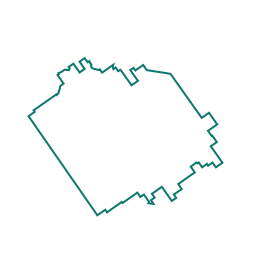 outline of Barkly, Northern Territory, Australia, rotated 145°
{"feature_id": "25037944B87984246529450", "entity_name": "Barkly", "entity_type": "district", "adm_level": 2, "iso_a3": "AUS", "parent_name": "Australia", "parent_adm1": "Northern Territory", "projection": "natural_earth1", "projection_center": [135.185, -19.542], "detail": "fine", "context": "isolated", "style": "outline", "palette": "teal", "viewbox_px": 256, "rotation_deg": 145, "n_neighbors": 0, "source": "geoboundaries", "source_scale": "gbopen_adm2", "svg_char_len": 3357}
<svg xmlns="http://www.w3.org/2000/svg" viewBox="0 0 256 256"><g transform="rotate(145 128 128)"><path d="M202.8,174.1L202.8,167.5L202.8,166.2L202.8,162.9L202.8,161.6L202.8,160.1L202.8,157.3L202.8,156.1L202.9,149.9L202.9,147.0L202.9,139.4L202.9,137.8L202.9,131.7L203.0,125.6L203.0,121.0L203.0,119.5L203.0,119.1L203.0,118.6L203.0,117.6L203.0,115.5L203.0,114.5L203.0,111.9L203.0,111.4L203.0,107.3L203.0,103.9L203.0,103.1L203.1,102.1L203.1,89.9L203.1,87.0L203.1,84.9L203.1,78.9L203.2,74.1L200.9,74.1L195.6,74.1L193.6,74.1L193.6,73.6L193.6,70.9L189.8,71.0L182.5,71.0L179.2,71.0L175.5,71.0L175.5,69.7L168.2,69.7L160.9,69.7L157.4,69.7L157.4,66.8L157.4,64.4L153.1,64.4L153.1,60.4L153.1,56.2L153.1,55.7L154.5,54.7L150.6,51.2L150.6,55.7L150.1,55.7L149.0,55.7L148.6,55.7L146.1,55.7L146.1,60.4L141.8,60.4L141.7,60.4L136.6,60.4L134.0,60.4L134.0,59.2L134.0,56.9L134.0,51.8L134.0,43.5L134.0,43.1L131.9,43.1L128.6,43.1L128.6,47.2L121.3,47.2L119.0,47.2L119.0,53.3L113.4,53.3L106.1,53.3L105.6,53.3L98.8,53.3L98.8,59.2L98.8,60.4L95.7,60.4L94.6,60.4L94.2,60.4L91.7,60.4L91.5,59.6L91.0,59.5L91.0,59.1L89.8,59.1L89.8,57.5L89.8,53.3L89.0,53.3L83.9,53.3L83.9,51.2L81.2,51.2L80.5,51.2L80.4,51.2L78.6,51.2L78.6,50.3L78.5,45.4L73.5,45.4L71.3,45.4L70.6,45.4L70.6,49.8L70.6,50.2L70.6,57.9L70.7,65.6L70.4,65.6L63.3,65.5L63.4,73.6L64.1,73.6L64.1,79.8L56.8,79.8L52.8,79.8L52.9,81.9L52.9,90.1L52.9,94.0L54.5,94.0L61.8,94.0L61.8,98.2L61.9,106.5L61.9,114.7L61.9,115.4L62.0,122.9L62.0,131.2L62.1,139.4L62.1,140.7L62.1,147.9L65.9,151.7L68.2,153.9L73.8,159.2L79.4,164.6L79.5,168.9L79.4,168.9L79.4,170.9L79.5,170.9L86.9,170.9L89.0,170.9L89.0,174.1L92.9,174.1L92.9,169.2L92.9,165.7L92.8,160.9L100.2,161.0L100.6,161.0L100.6,166.5L100.7,168.5L100.7,174.8L100.8,180.1L101.8,180.1L103.4,180.1L103.4,184.6L103.5,184.6L104.4,184.6L104.5,184.6L106.2,184.6L106.0,185.4L105.7,185.9L105.3,186.5L105.2,186.9L105.1,187.1L104.8,187.2L104.3,187.9L103.9,188.2L111.3,188.2L113.6,188.2L113.8,188.2L115.6,188.2L117.5,188.3L117.5,192.3L118.8,192.3L121.1,195.1L121.5,195.2L123.1,197.9L122.9,200.0L122.4,200.2L122.0,200.5L121.6,200.9L121.6,201.6L121.7,201.9L121.5,202.9L121.8,203.0L121.8,203.6L121.6,204.0L121.6,204.3L121.5,204.7L121.3,204.9L121.3,205.0L122.9,205.0L123.3,205.0L123.3,206.6L123.5,206.6L123.5,207.4L123.5,207.8L123.5,208.1L123.5,208.3L123.5,208.5L123.5,208.9L123.5,209.1L123.5,209.4L123.7,209.6L123.5,210.1L128.0,210.1L129.6,210.1L129.6,209.5L129.6,201.3L135.2,201.2L135.8,201.2L135.8,206.6L135.8,208.4L135.8,208.5L135.8,209.5L135.8,212.0L138.1,212.0L141.7,212.0L141.7,210.8L141.7,210.1L143.2,209.3L146.5,212.1L147.8,212.1L150.3,212.1L152.5,212.6L153.4,212.9L153.8,211.8L155.3,211.9L155.3,203.8L155.3,201.3L159.3,201.3L159.6,201.0L159.7,200.9L159.8,200.7L160.1,200.5L160.7,200.0L160.9,199.7L161.2,199.5L161.3,199.4L161.5,199.2L161.8,198.9L162.1,198.7L162.4,198.4L162.5,198.4L162.9,198.3L163.1,198.3L163.1,198.2L163.3,198.0L163.6,197.7L163.8,197.5L163.9,197.4L164.1,197.2L164.4,196.9L164.5,196.8L165.2,196.3L165.4,196.5L165.5,196.5L165.7,196.4L165.8,196.3L166.2,196.1L166.4,196.1L166.6,196.1L166.8,196.1L167.0,196.1L167.3,196.0L167.3,196.6L172.3,196.6L179.6,196.6L184.1,196.6L187.1,196.6L195.2,196.6L195.2,194.7L202.7,194.7L202.7,194.1L202.7,193.4L202.7,193.0L202.7,192.2L202.7,190.6L202.7,190.2L202.7,188.6L202.7,187.8L202.7,182.5L202.8,174.1Z" fill="none" stroke="#0f766e" stroke-width="2"/></g></svg>